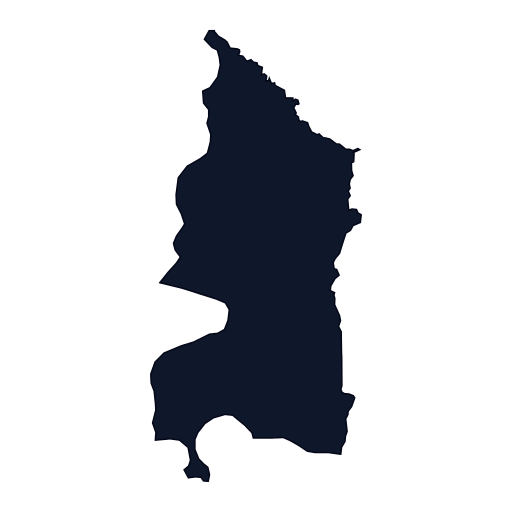 Cabo Rojo, Puerto Rico
{"feature_id": "32010507B73379646065034", "entity_name": "Cabo Rojo", "entity_type": "district", "adm_level": 2, "iso_a3": "PRI", "parent_name": "Puerto Rico", "parent_adm1": "", "projection": "albers", "projection_center": [-67.16, 18.05], "detail": "fine", "context": "isolated", "style": "filled", "palette": "ink", "viewbox_px": 512, "rotation_deg": 0, "n_neighbors": 0, "source": "geoboundaries", "source_scale": "gbopen_adm2", "svg_char_len": 3303}
<svg xmlns="http://www.w3.org/2000/svg" viewBox="0 0 512 512"><path d="M214.3,30.7L213.4,30.7L209.1,30.7L204.4,39.3L210.9,46.1L212.1,47.4L217.3,50.0L218.4,53.9L219.4,57.7L220.3,65.0L217.7,77.0L216.3,79.0L210.0,87.7L204.2,90.4L202.7,91.1L203.5,101.8L203.6,103.1L208.1,108.8L208.7,109.6L208.7,114.3L208.7,116.8L207.0,123.3L207.3,124.1L210.8,134.4L210.8,134.8L210.4,141.7L209.5,145.3L207.7,152.2L207.4,153.3L200.1,158.8L195.6,161.4L188.5,165.5L187.4,166.0L178.3,177.7L176.2,193.9L176.1,194.8L176.5,204.3L180.6,212.4L181.3,213.7L184.7,224.0L184.2,224.7L181.7,228.7L176.5,236.0L173.5,243.3L174.7,248.1L175.3,250.1L177.3,252.8L180.4,257.0L176.5,263.0L168.0,272.4L159.8,282.7L160.4,282.9L163.2,283.5L172.5,285.8L175.4,286.5L181.2,287.9L186.5,289.5L195.0,292.2L200.1,293.9L202.7,294.7L211.0,297.3L214.3,298.4L216.4,299.0L218.7,300.0L223.0,301.8L225.4,302.9L226.2,304.3L229.3,309.7L228.0,320.4L224.5,329.5L223.6,330.0L218.6,332.8L217.7,333.3L216.0,333.5L209.5,334.2L197.2,340.3L194.1,341.9L192.9,342.3L182.4,345.5L180.4,346.2L164.1,353.0L160.7,356.4L155.1,362.0L150.8,374.0L151.1,381.6L151.2,383.0L151.3,383.4L154.2,391.2L154.5,394.3L155.2,400.9L155.5,403.6L155.8,409.9L155.8,410.2L152.7,422.5L152.6,423.0L155.9,432.4L155.4,439.1L155.4,440.2L156.8,440.0L170.1,438.8L177.4,439.8L179.5,440.1L188.1,447.4L189.6,455.4L190.5,460.3L188.6,466.1L185.9,468.3L184.1,469.8L188.4,477.8L192.0,477.3L195.8,476.8L196.0,476.9L201.0,477.3L203.5,480.9L208.2,481.3L209.5,474.9L209.5,474.6L207.8,467.3L207.7,467.2L204.5,464.6L203.8,464.1L198.7,458.9L196.0,452.2L194.9,449.5L194.9,449.4L194.9,439.2L195.2,438.7L197.9,432.3L198.7,431.4L204.9,423.5L213.4,417.8L225.0,414.4L232.7,415.2L238.3,419.9L240.6,421.8L244.7,425.1L252.0,432.8L253.0,436.7L253.2,437.8L253.3,438.0L263.1,438.0L267.1,438.0L272.6,438.0L272.8,437.9L283.3,437.5L289.0,440.0L291.0,441.0L299.2,445.7L307.3,451.2L315.0,452.5L328.3,452.5L340.4,454.2L340.8,454.2L340.9,453.0L341.6,447.2L345.0,441.4L345.4,436.4L347.1,431.4L345.7,418.9L347.9,414.6L348.1,411.3L351.6,406.6L354.7,397.8L353.3,395.7L349.0,394.0L344.7,393.7L342.1,392.4L340.8,389.4L341.9,385.7L341.7,356.1L341.5,352.7L341.2,331.6L338.5,326.5L340.5,320.6L339.5,315.6L334.6,304.7L334.8,298.4L333.9,295.1L334.6,292.7L330.3,290.6L330.8,285.9L335.0,278.6L339.1,275.2L336.7,269.5L334.1,268.7L333.2,262.6L335.2,258.5L339.5,253.4L342.4,243.9L345.9,233.1L350.5,230.3L353.0,225.6L360.3,222.5L361.2,214.9L361.1,214.6L358.0,213.0L356.5,209.5L352.0,209.0L348.7,210.2L347.7,199.1L350.2,195.7L348.2,190.9L350.1,188.3L349.3,183.9L350.2,179.4L353.1,175.7L351.6,170.6L351.4,162.9L353.7,161.7L354.1,153.8L353.3,152.6L359.8,149.7L357.8,148.5L353.0,150.7L349.7,149.3L345.9,149.3L339.4,144.1L336.4,144.0L329.8,139.0L324.7,137.8L323.5,138.1L319.1,133.9L317.2,134.7L311.6,131.9L308.6,126.0L307.6,122.7L302.3,120.9L300.7,121.7L298.9,120.0L298.4,117.0L295.0,114.2L296.2,113.0L293.7,107.8L295.7,104.2L298.1,104.4L298.9,103.8L297.9,100.2L295.5,99.2L292.8,100.9L292.9,98.0L285.5,97.9L284.4,90.3L275.2,85.5L274.6,82.9L271.4,83.4L269.3,78.2L268.6,80.5L265.9,81.0L266.7,75.9L264.2,73.9L261.4,74.7L262.3,67.3L257.7,65.5L257.0,62.8L253.5,62.2L251.0,59.7L246.8,61.2L242.9,56.2L238.4,55.3L239.7,51.8L239.4,49.9L237.4,48.9L230.1,48.1L227.1,42.1L224.8,40.0L218.3,36.2L214.3,31.4L214.3,30.7Z" fill="#0f172a" stroke="#020617" stroke-width="1.5"/></svg>